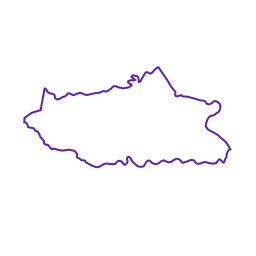 Caffiere, Choiseul, Saint Lucia (orthographic projection), rotated 248°
{"feature_id": "8701671B84690280241827", "entity_name": "Caffiere", "entity_type": "district", "adm_level": 2, "iso_a3": "LCA", "parent_name": "Saint Lucia", "parent_adm1": "Choiseul", "projection": "orthographic", "projection_center": [-61.037, 13.785], "detail": "fine", "context": "isolated", "style": "outline", "palette": "violet", "viewbox_px": 256, "rotation_deg": 248, "n_neighbors": 0, "source": "geoboundaries", "source_scale": "gbopen_adm2", "svg_char_len": 5714}
<svg xmlns="http://www.w3.org/2000/svg" viewBox="0 0 256 256"><g transform="rotate(248 128 128)"><path d="M195.9,65.5L177.3,53.7L178.2,44.6L176.1,35.8L172.2,34.0L171.8,34.6L171.7,34.9L171.0,35.4L170.5,35.7L170.1,35.8L169.6,35.9L168.7,35.9L167.5,35.8L167.0,35.8L166.6,35.8L166.2,35.8L165.9,36.1L165.1,37.3L164.8,37.8L164.2,38.8L163.7,39.8L162.7,40.6L162.0,40.7L161.3,40.7L161.0,40.7L160.5,40.8L160.3,41.0L159.9,41.3L159.7,41.7L159.2,42.3L158.6,42.7L156.7,43.3L155.1,43.4L153.5,43.4L152.8,43.4L152.1,43.5L151.4,43.8L150.6,44.3L149.7,44.2L149.5,44.3L148.6,44.8L147.7,45.1L147.4,45.1L146.3,44.7L145.7,44.5L145.0,44.5L144.4,44.7L144.2,44.9L143.0,45.9L142.7,46.4L142.7,46.7L142.7,47.0L142.2,47.4L141.8,47.6L141.1,47.9L139.8,48.3L138.2,48.8L137.7,48.9L137.5,49.1L137.0,49.5L136.8,49.9L136.7,50.4L136.6,51.3L136.4,51.8L136.2,52.2L136.0,52.6L134.8,53.9L133.6,55.4L133.1,56.2L131.8,58.4L131.6,58.9L131.2,60.1L131.0,61.0L130.8,62.3L129.9,65.1L129.4,66.2L128.6,67.2L128.2,67.9L127.8,68.4L127.1,69.5L126.9,69.6L126.4,70.0L126.2,70.1L125.7,70.3L124.4,70.7L122.9,70.9L122.6,70.9L121.6,70.3L121.0,70.0L120.3,69.9L119.8,69.9L119.5,70.0L119.3,70.1L119.0,70.3L118.2,71.2L117.8,71.7L117.1,72.1L116.5,72.2L116.2,72.3L115.9,72.5L115.7,72.7L115.5,73.0L115.0,73.8L114.7,74.6L114.5,75.0L114.1,75.6L114.0,75.8L113.8,75.9L113.7,76.0L112.7,75.9L112.4,76.0L112.2,76.0L111.8,76.2L111.0,77.0L110.2,77.5L109.1,78.5L108.6,78.9L106.9,80.2L105.8,81.3L105.0,82.3L104.0,83.3L103.5,84.0L103.3,84.6L103.2,85.2L103.1,85.8L102.9,86.6L102.8,87.0L102.9,87.6L103.1,89.5L103.2,89.9L103.4,90.6L103.4,91.3L103.6,92.5L103.5,92.9L103.4,93.5L103.2,93.9L102.7,95.7L101.4,97.6L101.0,98.3L100.9,98.8L100.7,99.2L100.5,99.6L100.0,101.2L99.6,102.2L99.5,102.8L99.6,103.2L100.4,104.5L100.9,105.6L101.0,106.1L101.1,106.5L101.0,107.1L100.9,107.4L100.9,107.7L100.3,108.5L99.7,109.0L99.2,109.4L98.8,109.7L98.5,109.9L97.9,110.0L96.8,110.1L96.3,110.3L95.5,110.7L95.3,110.9L95.0,111.4L95.0,111.8L95.5,112.9L95.9,113.9L96.4,114.4L97.0,114.9L97.4,115.1L98.3,115.3L100.2,115.7L100.9,116.3L101.1,117.4L100.9,118.3L100.1,118.5L99.4,118.9L98.9,119.1L97.0,119.3L95.8,119.4L95.0,119.5L93.6,120.3L92.5,120.8L91.2,121.3L90.4,121.9L89.1,122.6L88.8,122.8L88.6,123.1L88.4,123.3L87.3,125.0L87.2,125.3L86.9,126.4L86.7,127.3L86.7,127.6L86.7,128.0L86.8,128.4L87.1,128.9L87.8,129.8L88.2,130.5L89.4,131.8L89.6,132.1L90.0,132.9L90.3,134.2L90.3,134.6L90.2,134.8L89.7,135.6L89.3,136.0L88.5,136.4L87.1,137.0L86.4,137.4L86.0,137.7L84.8,139.1L84.4,139.7L84.2,140.1L84.0,140.5L83.9,141.1L83.8,142.3L83.9,143.0L84.2,144.6L84.5,145.4L84.6,145.6L84.8,147.5L84.8,148.2L84.7,148.6L84.6,148.9L84.4,149.2L84.2,149.2L83.3,150.2L83.1,150.5L82.5,151.1L81.9,151.7L81.1,152.6L80.8,153.3L80.7,154.0L80.5,154.9L80.6,155.6L80.8,157.1L81.0,157.8L81.2,158.7L81.3,160.3L81.4,160.6L81.3,161.4L80.9,162.3L80.6,162.8L79.4,163.9L78.9,164.2L76.0,165.1L75.4,165.4L75.2,165.8L75.1,166.2L75.1,166.6L75.2,167.5L75.0,168.3L74.9,169.6L74.8,170.6L74.9,172.7L74.9,173.1L74.7,174.3L74.2,175.8L73.9,176.3L73.4,176.8L73.0,177.0L71.9,177.4L71.0,177.6L69.8,178.0L69.6,178.1L69.2,178.5L68.4,179.9L68.3,180.2L68.2,180.7L67.9,183.0L68.0,184.9L67.9,185.4L67.9,185.6L67.6,186.5L67.4,187.0L67.2,187.3L65.7,189.1L64.5,190.9L63.2,193.3L62.9,194.0L62.8,194.4L62.7,196.1L62.6,196.7L62.7,197.2L62.9,197.7L63.1,198.0L63.6,198.4L63.8,198.6L64.1,199.0L64.6,200.3L64.7,200.6L64.7,201.0L64.5,201.4L64.1,201.8L63.8,201.9L61.2,202.8L60.7,203.2L60.1,203.6L60.1,203.8L60.1,204.0L61.1,205.0L61.8,205.5L63.6,207.6L64.5,208.5L65.0,208.9L65.4,209.1L66.0,209.2L66.8,209.7L67.4,210.3L68.9,211.7L69.5,212.7L69.9,213.3L70.1,214.2L70.2,214.6L70.1,214.9L73.4,214.5L76.7,213.9L78.7,213.2L81.0,212.1L83.6,210.7L84.4,210.2L87.0,209.1L88.5,208.2L91.9,205.6L94.3,203.4L96.7,201.5L98.4,201.2L99.8,200.8L101.0,201.0L102.6,201.7L103.5,202.6L106.0,204.8L107.1,206.1L107.7,207.2L108.0,208.5L108.1,209.6L107.7,212.3L107.9,213.3L108.6,215.5L108.7,217.1L109.5,218.9L111.3,220.6L113.0,221.6L114.5,222.0L116.1,222.0L116.9,221.7L118.9,220.6L120.1,219.4L120.5,218.2L120.5,217.7L120.4,217.2L120.2,216.5L119.8,215.1L119.6,214.2L119.6,213.6L119.5,213.1L119.5,212.4L119.6,211.9L120.0,211.1L120.5,210.6L120.9,210.3L121.4,210.0L122.2,209.8L123.2,209.8L123.7,209.6L124.8,208.6L125.2,208.1L125.5,207.6L125.9,206.4L126.2,205.9L126.6,205.3L128.0,203.6L129.6,201.7L134.5,195.2L135.1,194.4L135.7,193.0L136.0,192.3L136.2,191.7L136.4,191.1L136.8,190.7L137.2,190.3L137.7,190.0L138.1,189.8L138.5,189.7L138.7,187.4L138.9,185.9L139.1,185.1L139.4,184.6L139.6,184.4L140.2,184.2L140.8,184.1L141.2,184.2L141.7,184.5L143.1,185.3L143.5,185.4L143.9,185.3L144.3,185.2L144.8,185.1L146.3,184.6L146.7,184.5L148.9,183.8L151.5,183.3L151.3,183.6L152.3,183.0L154.2,183.0L173.5,178.9L173.4,178.9L172.9,177.3L172.2,175.2L171.4,173.3L170.6,171.8L169.9,169.5L170.5,168.5L172.4,166.9L172.9,165.3L171.8,163.6L169.6,160.7L167.9,158.6L166.6,156.8L166.6,155.4L167.5,155.4L168.3,155.8L170.4,156.4L172.5,156.0L173.5,154.4L174.8,153.0L174.9,151.8L174.4,150.5L173.9,150.4L173.3,150.8L170.0,152.5L170.0,150.9L170.7,150.0L171.4,147.9L171.3,145.6L170.6,145.2L169.0,145.6L168.2,146.6L167.2,147.4L166.4,147.4L165.8,145.9L165.4,143.3L166.1,141.0L166.4,138.7L167.5,137.1L169.3,134.3L171.3,132.5L172.1,130.4L171.6,128.6L170.5,126.2L170.5,124.9L169.9,123.0L170.0,121.1L171.5,119.2L171.5,117.6L171.3,115.1L171.6,114.5L172.2,112.2L172.9,108.9L173.4,106.1L173.9,102.3L175.8,99.8L177.6,98.1L178.7,96.0L179.0,92.3L178.6,90.2L179.8,88.7L181.9,86.8L182.6,85.2L181.5,83.3L180.9,81.3L181.3,79.2L180.9,77.9L180.7,75.3L180.8,73.4L181.6,72.4L183.2,71.5L184.1,71.6L185.2,72.1L186.3,72.1L187.1,71.7L187.7,70.8L188.5,69.9L189.3,68.7L190.9,67.4L192.8,66.7L194.3,66.6L194.8,66.5L195.9,65.6L195.9,65.5Z" fill="none" stroke="#5b21b6" stroke-width="2"/></g></svg>